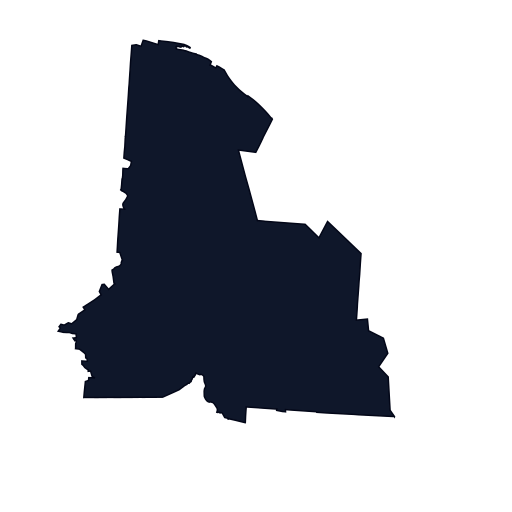 the district of Ainažu pag., Salacgrivas, Latvia, rotated 106°
{"feature_id": "27541924B96759845375201", "entity_name": "Ainažu pag.", "entity_type": "district", "adm_level": 2, "iso_a3": "LVA", "parent_name": "Latvia", "parent_adm1": "Salacgrivas", "projection": "orthographic", "projection_center": [24.506, 57.884], "detail": "fine", "context": "isolated", "style": "filled", "palette": "ink", "viewbox_px": 512, "rotation_deg": 106, "n_neighbors": 0, "source": "geoboundaries", "source_scale": "gbopen_adm2", "svg_char_len": 5733}
<svg xmlns="http://www.w3.org/2000/svg" viewBox="0 0 512 512"><g transform="rotate(106 256 256)"><path d="M439.5,382.5L439.3,382.0L438.0,377.5L435.8,369.7L434.5,365.3L430.9,353.1L431.0,353.1L426.6,338.1L426.2,336.7L423.6,328.0L422.5,323.9L422.4,323.9L420.1,315.8L417.4,306.8L409.9,297.9L405.7,293.0L400.1,288.8L398.4,287.0L398.0,286.9L397.0,286.3L396.8,285.2L396.5,285.0L395.9,284.8L395.3,284.4L394.9,284.1L394.6,283.8L392.9,283.8L392.4,283.7L391.8,283.4L391.6,283.4L391.0,283.5L390.8,283.4L390.6,283.4L390.2,283.5L389.9,283.3L389.8,282.9L389.7,282.5L389.3,282.7L389.1,283.0L389.0,282.9L388.8,282.7L388.7,282.3L388.6,282.1L388.4,282.1L388.1,282.1L387.5,281.8L387.5,281.7L387.2,281.7L386.6,281.7L386.2,281.5L385.7,281.7L385.0,281.5L385.3,280.5L385.5,279.0L385.6,277.3L384.9,276.1L385.0,275.0L385.3,274.1L386.1,272.9L388.9,272.0L391.2,271.0L393.9,268.9L395.3,268.4L398.0,268.9L400.2,268.6L403.1,267.7L405.0,267.1L406.0,266.4L407.5,265.0L408.1,264.2L408.8,263.2L409.3,261.7L409.3,260.5L408.7,259.3L408.8,256.9L409.4,255.7L410.8,254.0L413.1,251.4L414.5,250.7L415.4,250.6L417.0,250.6L417.0,249.8L416.9,249.4L416.5,249.0L416.3,248.8L416.3,248.3L416.5,247.8L416.7,247.5L416.8,247.4L416.7,247.1L416.6,246.9L416.2,246.4L416.1,245.8L416.7,244.7L419.8,241.6L419.9,241.4L419.9,241.2L419.8,240.1L419.8,237.6L420.0,237.6L420.4,237.6L420.1,237.0L419.9,236.5L419.8,234.4L419.6,230.9L419.2,220.4L418.9,220.4L412.7,221.9L407.7,223.0L403.7,223.8L403.7,223.4L401.1,211.4L401.0,210.7L397.5,194.2L397.4,194.1L397.3,193.8L398.7,193.6L398.5,191.3L398.2,187.6L397.6,184.8L397.6,184.7L395.5,185.3L394.7,181.3L389.1,155.2L389.5,154.6L387.4,144.8L382.7,124.4L381.4,118.9L380.3,113.5L372.2,78.7L372.3,78.6L372.2,78.6L367.3,84.6L335.8,95.6L328.7,107.6L313.2,102.5L299.9,110.9L296.8,127.2L285.9,131.5L290.0,141.8L277.4,144.5L274.5,145.2L256.7,148.9L251.7,150.0L247.0,150.9L245.5,151.2L234.2,153.7L224.7,155.7L203.1,196.7L221.2,200.5L212.0,217.5L220.4,257.9L220.3,258.0L221.5,264.2L221.6,264.4L213.3,269.3L193.6,281.2L182.3,288.2L159.9,301.6L159.0,302.1L158.7,300.4L156.4,284.8L149.9,283.5L144.9,282.6L140.6,281.9L140.5,282.0L124.9,278.9L120.6,278.1L120.0,278.0L119.1,278.9L119.1,279.7L116.5,283.4L114.3,286.9L112.5,290.0L109.4,295.7L108.0,298.6L106.7,301.5L104.3,307.9L105.1,308.1L104.8,308.6L103.7,311.6L102.1,315.3L101.2,317.3L100.5,318.7L97.9,323.4L97.9,323.5L96.5,325.5L96.4,325.7L94.6,328.2L92.6,330.8L90.6,333.2L85.9,338.0L85.6,339.5L85.5,339.8L84.5,343.3L84.0,346.0L86.2,346.4L86.3,346.8L85.7,349.0L84.9,352.5L85.0,352.8L81.5,352.5L80.6,354.7L80.0,356.4L79.7,358.4L79.6,360.4L79.5,361.0L79.0,363.1L78.7,365.8L78.8,365.8L78.7,367.5L78.7,369.0L78.3,369.1L78.4,370.9L78.5,372.6L78.4,375.2L78.4,376.8L78.3,377.7L78.1,380.0L78.3,380.1L78.3,380.4L78.2,382.7L78.9,388.1L78.9,389.7L78.7,389.8L78.6,389.7L78.3,389.7L77.9,390.1L77.6,390.3L76.9,390.5L76.7,390.5L76.3,390.2L76.1,389.9L76.1,389.7L76.3,389.5L76.4,389.3L76.1,388.8L76.0,388.1L75.9,387.8L75.8,387.6L75.9,387.4L76.0,387.0L76.0,386.9L76.1,386.6L76.0,386.2L75.8,385.8L75.7,385.5L75.5,385.4L75.2,385.3L74.8,385.3L74.7,385.3L74.6,385.2L74.5,384.9L74.5,384.7L74.7,384.2L74.7,383.9L74.8,383.4L74.7,383.2L74.4,383.0L73.9,382.9L73.6,382.8L73.5,382.7L73.4,382.6L73.4,382.4L73.6,381.5L73.7,381.2L73.9,380.8L74.2,380.5L74.2,380.4L74.1,380.2L73.9,380.2L73.7,379.6L73.8,379.4L74.2,377.8L74.4,377.3L74.4,377.0L74.4,376.8L74.0,376.5L73.9,376.4L73.9,376.2L73.1,379.0L72.9,380.0L72.7,381.0L72.7,381.5L72.6,382.5L72.5,383.0L72.5,383.5L72.5,384.0L72.6,385.0L72.9,388.0L73.4,393.1L73.5,394.2L73.6,394.9L73.9,396.9L74.4,400.4L75.5,406.5L75.6,407.5L75.8,408.8L79.8,408.3L79.5,420.7L79.7,423.9L86.1,424.3L85.9,429.3L87.8,433.4L96.4,431.6L104.3,430.0L112.4,428.2L120.4,426.5L125.3,425.4L129.5,424.6L136.7,423.0L159.1,418.3L165.5,416.9L170.1,415.9L174.7,414.9L176.4,414.6L177.2,414.4L177.3,414.5L177.4,414.4L179.1,414.1L184.2,412.9L186.7,412.3L192.2,411.3L198.3,410.0L198.6,407.1L199.4,401.8L203.7,401.4L207.4,402.9L208.2,406.7L208.2,407.0L208.4,408.0L209.0,407.9L215.3,406.3L218.4,405.8L218.3,405.0L218.9,406.0L224.6,404.8L228.5,404.1L229.7,404.3L230.5,402.5L230.4,401.7L230.9,400.3L231.4,398.5L231.7,397.9L232.9,396.4L233.5,396.0L234.1,395.9L237.8,396.7L239.8,397.5L241.7,398.2L242.8,398.3L244.0,397.9L244.5,397.6L245.0,397.3L245.7,396.8L246.3,396.2L247.2,395.0L247.3,395.1L247.5,396.4L248.3,399.8L255.1,398.4L263.6,396.5L271.1,394.9L278.7,393.3L286.1,391.6L290.6,390.6L290.1,387.9L292.9,386.0L297.1,383.1L297.2,383.3L297.3,383.5L297.5,383.6L297.8,383.7L298.1,383.6L298.4,383.7L298.7,383.7L298.8,383.7L299.7,383.7L300.4,383.4L300.6,383.3L300.8,383.3L301.9,383.7L302.6,384.1L302.9,384.3L303.3,384.5L303.6,385.0L303.9,385.3L304.3,386.0L304.6,386.4L305.0,387.2L306.2,388.3L306.3,388.5L307.3,388.9L307.7,389.1L308.7,390.0L309.2,390.5L310.8,389.9L315.3,387.6L321.1,385.1L321.1,384.9L321.7,384.0L321.8,384.2L328.7,388.5L325.0,394.1L325.9,396.1L333.3,396.8L336.0,394.1L337.0,394.9L342.9,399.3L352.8,408.0L354.9,405.6L360.3,410.2L360.6,410.4L361.1,410.7L361.5,410.8L366.6,410.8L372.0,414.5L371.9,418.0L375.3,421.3L375.4,424.7L378.3,425.8L378.4,425.5L378.4,425.4L378.5,425.2L379.4,424.2L382.8,425.4L382.6,422.8L382.5,420.2L381.8,417.2L381.0,414.3L381.0,413.9L381.0,413.1L381.1,412.1L381.1,411.5L381.1,410.9L380.9,410.1L380.7,408.9L380.6,408.3L380.5,407.5L384.0,406.1L385.2,408.9L385.3,409.2L386.3,408.1L387.1,407.0L387.4,406.8L386.8,405.5L388.1,405.0L389.9,405.2L392.5,404.5L394.2,404.0L394.4,403.9L394.8,403.9L394.2,400.0L396.5,394.3L397.5,392.7L400.9,391.6L401.0,390.3L403.6,389.1L404.0,390.2L404.9,394.5L408.1,393.5L408.8,391.9L410.4,389.8L411.7,386.2L411.6,385.9L413.1,385.5L412.2,383.3L416.8,380.4L417.6,377.2L419.0,383.2L421.8,382.7L423.7,385.4L433.9,383.6L439.5,382.5Z" fill="#0f172a" stroke="#020617" stroke-width="1.5"/></g></svg>